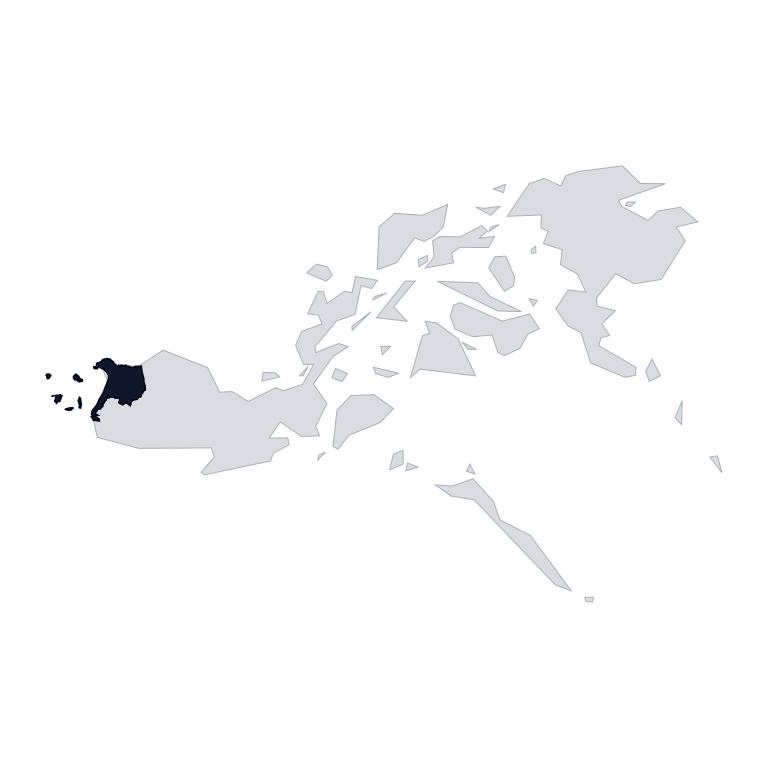 location of Cagayan, Cagayan, Philippines, rotated 270°
{"feature_id": "2640588B33083527354868", "entity_name": "Cagayan", "entity_type": "district", "adm_level": 2, "iso_a3": "PHL", "parent_name": "Philippines", "parent_adm1": "Cagayan", "projection": "mercator", "projection_center": [121.776, 18.537], "detail": "fine", "context": "in_parent", "style": "filled", "palette": "ink", "viewbox_px": 768, "rotation_deg": 270, "n_neighbors": 0, "source": "geoboundaries", "source_scale": "gbopen_adm2", "svg_char_len": 9427}
<svg xmlns="http://www.w3.org/2000/svg" viewBox="0 0 768 768"><g transform="rotate(270 384 384)"><path d="M353.4,92.1L387.2,107.4L406.2,99.6L401.1,137.5L417.8,163.2L400.3,207.7L375.8,219.6L376.4,232.0L366.6,248.3L380.4,275.9L377.3,283.2L383.6,302.6L403.8,313.7L403.3,303.5L422.7,295.6L436.6,301.7L444.2,322.1L453.1,318.1L454.1,307.6L476.6,318.1L476.2,323.5L464.5,327.0L476.8,344.6L475.2,352.0L491.4,355.5L487.7,377.3L479.4,371.6L482.6,361.0L453.7,355.1L447.0,336.5L421.2,314.8L415.4,315.8L424.5,338.7L421.4,348.1L411.3,332.9L384.1,313.4L364.4,326.9L341.6,315.8L332.3,319.6L331.4,301.7L346.1,280.2L329.9,269.1L330.1,287.8L323.3,289.2L314.8,273.3L307.1,270.6L293.1,204.4L295.7,201.0L310.7,214.2L320.1,211.3L319.7,138.8L330.6,97.3L353.4,92.1ZM551.7,507.3L584.5,529.4L589.6,544.3L582.1,560.7L592.3,565.8L596.6,578.7L602.1,622.5L584.5,640.5L584.3,665.4L567.8,618.6L561.6,621.8L547.6,648.0L557.1,658.2L560.7,680.5L546.1,697.8L540.9,676.3L527.1,685.2L488.5,661.0L484.3,634.1L494.3,615.7L469.8,596.4L462.0,596.8L457.3,615.2L444.0,601.7L432.5,609.6L430.1,600.7L422.2,598.9L400.7,636.1L392.6,635.3L390.8,624.7L405.2,590.5L435.5,580.9L441.9,568.1L459.3,555.8L478.1,568.2L475.9,585.8L493.9,577.5L503.3,560.5L518.2,562.2L524.4,543.4L536.8,548.2L539.9,540.9L553.0,541.5L551.7,507.3ZM454.1,529.6L439.3,539.4L433.5,527.4L419.7,519.9L412.3,504.3L415.6,497.9L433.0,492.1L431.3,472.9L438.8,455.2L451.2,450.2L462.8,453.5L465.3,460.1L446.9,502.4L454.1,529.6ZM541.2,379.1L554.7,394.7L552.7,422.4L563.7,447.7L541.0,443.2L531.9,434.2L526.6,424.1L530.1,414.5L505.2,396.5L498.3,377.2L541.2,379.1ZM390.4,410.4L432.2,422.4L434.8,429.5L446.8,425.2L445.0,436.7L429.1,458.1L392.1,475.6L398.9,420.2L390.4,410.4ZM232.4,530.4L177.2,571.2L183.1,555.3L268.2,474.1L271.9,451.2L283.1,435.4L281.9,452.1L289.2,473.0L266.7,493.3L248.1,500.0L232.4,530.4ZM321.6,333.0L358.0,337.0L372.5,351.0L373.3,374.0L359.5,393.5L345.3,379.9L333.0,349.3L318.8,337.9L321.6,333.0ZM511.0,434.1L527.2,432.7L531.6,440.2L531.0,459.9L542.5,481.9L536.8,487.4L529.8,479.2L531.6,494.6L520.4,488.4L520.7,460.0L515.0,451.7L505.2,453.5L500.0,425.2L511.0,434.1ZM456.4,521.5L457.1,497.6L486.7,437.3L485.2,477.7L471.4,490.2L456.4,521.5ZM511.9,505.9L490.5,514.6L482.0,513.4L476.7,504.5L500.2,488.7L511.2,494.9L511.9,505.9ZM450.3,376.5L486.8,405.2L487.0,415.1L461.1,393.6L446.7,407.1L450.3,376.5ZM501.0,327.6L492.9,332.3L486.7,326.2L495.2,306.8L503.9,316.5L501.0,327.6ZM408.9,652.0L392.3,660.5L386.6,649.2L396.8,645.7L408.9,652.0ZM298.2,389.7L313.8,393.4L317.7,403.0L303.9,403.2L298.2,389.7ZM390.3,331.9L399.4,335.5L394.4,347.6L386.4,341.8L390.3,331.9ZM350.5,675.1L367.5,682.2L343.2,681.6L350.5,675.1ZM561.7,500.1L552.8,490.6L560.6,475.8L559.7,484.8L561.7,500.1ZM400.8,373.3L394.8,398.7L390.7,388.2L394.3,375.8L400.8,373.3ZM310.9,709.9L312.1,717.4L295.3,721.9L310.9,709.9ZM395.7,263.3L395.2,274.9L391.1,279.7L386.9,261.8L395.7,263.3ZM426.0,461.9L418.6,476.5L418.6,468.1L426.0,461.9ZM305.0,407.5L300.9,418.0L297.1,405.8L305.0,407.5ZM512.6,427.2L506.9,427.5L501.3,419.1L508.2,418.1L512.6,427.2ZM421.6,380.8L421.6,390.4L413.4,382.5L421.6,380.8ZM583.6,505.3L575.3,503.5L579.1,493.4L583.6,505.3ZM441.6,351.9L456.2,371.1L437.6,352.1L441.6,351.9ZM303.8,469.8L294.0,475.1L296.7,466.6L303.8,469.8ZM469.3,529.3L467.5,537.4L462.0,533.3L469.3,529.3ZM471.7,375.2L474.9,386.6L467.8,372.3L471.7,375.2ZM170.9,593.4L165.9,592.8L166.9,585.7L170.7,584.9L170.9,593.4ZM521.6,535.6L515.2,536.0L514.6,531.7L518.4,531.0L521.6,535.6ZM566.0,635.5L561.4,630.5L562.8,625.3L565.9,627.8L566.0,635.5ZM313.0,318.8L315.8,325.3L308.1,317.8L313.0,318.8ZM540.8,490.8L543.4,499.2L536.4,489.0L540.8,490.8ZM393.6,75.8L386.3,81.2L391.6,73.2L393.6,75.8ZM402.1,308.2L392.2,303.2L392.3,299.7L402.1,308.2ZM366.6,54.5L372.9,60.6L365.8,56.5L366.6,54.5Z" fill="#d9dde1" stroke="#a8b0b8" stroke-width="1"/><path d="M368.3,135.6L368.7,136.3L368.6,137.2L368.9,137.5L369.3,137.7L369.6,137.6L369.6,137.3L370.0,137.2L370.5,137.3L370.2,137.7L370.8,138.3L370.4,138.4L370.8,138.8L371.0,139.4L370.9,140.1L371.1,140.2L371.3,141.0L372.1,141.1L372.7,141.4L373.6,141.5L374.8,142.3L375.0,142.7L376.0,143.1L376.2,142.3L376.7,142.5L377.5,143.8L377.2,144.0L377.6,144.3L377.8,145.2L378.2,145.3L380.7,145.3L383.1,144.9L384.7,144.4L384.6,144.2L386.0,143.9L389.4,143.9L396.3,142.0L400.2,141.6L401.0,141.3L402.0,141.3L401.6,139.7L401.8,139.0L401.6,137.9L401.8,137.3L401.3,136.7L401.8,135.9L401.6,135.6L401.4,135.7L401.6,135.4L401.1,134.9L401.1,134.3L400.7,134.0L400.9,133.2L400.7,133.1L400.8,133.0L400.7,132.5L400.4,131.9L400.6,130.7L401.0,130.6L401.3,130.3L401.3,130.0L400.9,129.9L401.1,129.6L401.0,129.4L401.1,129.2L401.4,129.2L401.7,129.1L401.8,128.8L401.5,128.1L401.6,127.4L402.1,126.7L402.1,126.4L402.7,126.2L402.6,125.9L402.8,125.5L402.4,125.3L402.3,124.7L402.5,124.2L402.3,124.0L402.2,123.1L402.6,122.7L402.3,122.2L402.6,122.0L402.8,121.4L402.6,121.1L402.7,120.7L402.1,119.9L402.2,118.9L402.5,118.7L401.8,118.5L401.7,118.1L401.8,117.4L402.4,116.0L403.0,115.9L403.6,114.7L404.0,114.6L404.0,114.3L406.1,113.5L406.3,113.2L406.1,113.0L406.3,112.7L407.2,112.0L407.3,111.5L407.9,111.1L407.7,110.6L408.2,110.5L408.0,110.4L408.1,110.1L408.8,109.7L408.7,109.2L409.4,108.0L409.2,107.9L409.1,107.5L409.5,106.8L409.2,106.4L409.3,106.0L408.9,105.5L409.0,104.5L408.9,104.0L408.9,103.9L408.7,103.4L408.3,103.4L408.4,103.0L407.9,102.7L407.6,101.9L406.8,101.6L406.5,101.2L406.0,101.0L406.2,100.8L405.9,100.6L405.9,100.4L405.9,100.2L405.5,100.0L405.5,99.6L405.1,98.8L405.4,98.3L405.3,97.9L404.8,96.8L404.1,96.6L403.8,96.9L403.3,97.0L403.2,97.2L403.0,96.8L402.8,97.1L402.7,96.9L402.9,96.8L402.7,96.7L402.3,97.0L401.8,96.6L401.4,96.9L401.6,96.9L401.6,97.1L401.0,97.1L400.9,98.7L399.9,101.1L400.2,101.7L399.9,102.3L400.1,102.9L400.0,102.7L400.2,102.8L400.2,103.1L400.1,102.9L400.0,103.3L399.5,103.6L399.1,103.4L399.3,103.0L399.0,103.3L398.7,103.3L398.6,104.1L397.9,104.5L397.8,104.8L397.1,105.2L397.1,105.5L396.6,105.8L396.6,106.2L395.5,106.8L395.4,107.3L394.5,107.9L393.4,108.0L392.5,108.5L391.7,108.5L390.0,108.7L389.8,108.8L389.7,108.6L386.0,107.4L377.9,104.3L377.3,104.2L377.4,104.6L377.0,104.7L376.2,103.7L375.6,103.5L372.4,101.8L369.3,99.5L368.8,99.6L368.8,99.3L365.0,97.6L364.9,97.7L363.1,96.7L361.6,95.6L358.0,92.6L356.2,91.8L354.7,91.5L353.2,91.6L353.0,92.2L351.6,92.5L351.1,92.4L351.1,92.0L350.9,92.3L350.5,92.1L350.4,91.9L350.1,92.1L350.1,92.3L349.9,92.6L349.0,93.1L348.3,92.9L348.1,93.1L347.5,93.8L347.7,94.3L347.7,94.9L346.9,99.4L348.9,99.3L349.9,97.7L350.6,97.4L350.7,96.3L351.6,95.8L353.0,95.6L352.8,96.3L352.8,97.9L354.2,95.6L355.9,95.5L356.5,95.8L356.4,96.6L358.9,97.6L359.1,100.7L360.1,101.0L361.8,103.0L363.3,103.0L367.1,105.2L367.7,106.1L369.7,106.5L370.0,106.9L370.6,106.9L369.9,107.9L370.0,109.0L370.6,109.0L371.0,110.1L370.9,113.0L370.7,113.5L370.8,114.4L370.5,114.8L370.2,114.8L370.3,115.3L369.7,115.6L369.9,116.5L369.7,119.2L368.2,119.8L365.3,118.6L364.4,120.0L364.6,120.3L364.4,120.4L364.4,120.7L364.1,120.9L364.2,121.2L363.8,121.5L363.9,122.0L363.5,121.9L363.4,122.1L363.6,122.7L363.5,122.8L363.3,122.7L363.1,122.9L365.0,125.2L365.0,125.7L364.5,127.3L363.5,128.8L363.4,129.8L363.1,129.7L363.3,130.3L362.7,130.4L363.6,130.9L365.1,130.9L366.4,131.4L367.6,132.8L367.7,133.5L368.2,134.4L368.3,135.6ZM373.4,60.5L372.5,58.3L372.9,56.8L372.5,55.7L372.6,55.0L372.4,54.9L372.1,55.0L371.6,55.8L371.0,56.0L370.5,55.7L368.5,55.3L367.5,54.8L366.5,54.9L366.6,55.4L366.5,55.9L365.5,56.4L365.2,56.1L364.6,56.3L364.5,56.5L365.0,56.7L366.1,57.5L366.2,57.8L366.5,57.9L366.4,58.2L366.7,58.6L366.5,59.2L367.1,59.7L367.1,60.1L367.6,59.9L368.8,60.5L368.9,60.8L370.1,60.9L370.4,61.3L371.5,61.5L372.0,61.9L372.0,61.2L373.3,60.8L373.4,60.5ZM391.7,73.5L389.5,73.6L389.4,73.9L388.1,74.9L388.3,75.4L388.1,75.6L388.3,76.2L387.4,77.4L387.4,77.7L388.0,77.8L388.2,78.4L388.3,78.8L388.0,79.3L386.7,79.8L386.4,79.7L386.5,80.0L386.3,80.3L386.7,81.4L386.8,82.2L387.5,82.6L387.8,82.6L388.6,82.0L388.7,81.0L389.2,80.5L389.2,80.0L390.2,79.4L390.6,79.4L391.2,78.9L391.6,78.8L391.5,78.5L392.1,78.3L392.2,77.7L391.9,77.3L392.4,76.8L392.7,76.9L393.0,76.6L393.2,76.8L393.7,76.4L393.8,75.6L393.2,75.1L392.9,75.2L392.6,75.0L392.5,74.6L391.7,73.5ZM367.6,78.2L365.9,78.5L365.2,79.0L364.5,78.9L363.7,79.4L362.8,79.6L361.7,79.2L361.5,79.3L361.6,79.8L361.3,80.2L361.3,80.5L361.9,81.1L363.1,81.4L364.5,81.3L365.7,80.9L366.6,80.9L368.1,80.6L369.4,80.6L370.7,79.6L370.6,79.2L369.8,79.4L367.6,78.2ZM392.8,46.1L391.6,47.0L391.3,46.8L390.7,47.1L389.4,47.2L389.3,47.5L389.3,48.0L389.7,48.4L389.5,48.6L389.7,49.0L390.3,49.1L390.9,49.9L392.3,50.8L392.7,50.8L392.7,50.5L393.8,49.5L393.9,49.0L393.9,47.1L392.8,46.1ZM358.7,65.4L358.5,65.6L358.4,66.8L358.1,67.1L357.7,68.5L357.7,70.4L358.5,71.8L359.5,72.2L359.6,73.1L360.1,73.1L360.3,72.3L360.1,70.8L360.1,69.5L360.0,69.2L360.0,68.6L359.5,67.6L359.3,66.2L358.7,65.4ZM400.9,97.0L401.1,96.5L400.8,96.0L401.3,95.5L401.3,94.4L401.2,94.1L401.3,93.8L400.8,93.9L400.2,93.7L400.5,94.0L399.7,94.1L399.7,94.3L399.5,94.6L399.3,94.8L399.3,95.3L399.5,95.5L399.8,95.4L399.9,95.7L399.5,95.9L399.7,96.1L399.4,96.5L399.5,97.2L399.3,97.5L399.5,97.6L400.3,96.7L400.7,96.7L400.9,97.0ZM360.3,79.6L359.9,79.9L359.8,80.4L360.0,80.6L360.4,80.7L360.7,80.4L360.8,80.0L360.3,79.6ZM371.9,52.2L371.7,52.7L372.2,53.3L372.3,53.1L372.2,52.5L371.9,52.2ZM360.3,79.2L360.8,79.6L361.0,79.4L361.0,79.2L360.6,79.3L360.2,79.0L360.3,79.2ZM386.7,78.1L386.5,78.3L386.9,78.6L386.9,78.2L386.7,78.1ZM400.2,97.1L400.1,97.3L400.3,97.5L400.4,97.2L400.2,97.1Z" fill="#0f172a" stroke="#020617" stroke-width="1.5"/></g></svg>